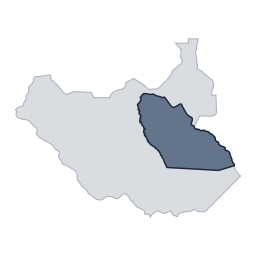 Jonglei highlighted on a map of South Sudan
{"feature_id": "SDS-870", "entity_name": "Jonglei", "entity_type": "State", "adm_level": 1, "iso_a3": "SSD", "parent_name": "South Sudan", "parent_adm1": "", "projection": "albers", "projection_center": [31.68, 7.658], "detail": "fine", "context": "in_parent", "style": "filled", "palette": "slate", "viewbox_px": 256, "rotation_deg": 0, "n_neighbors": 0, "source": "natural_earth", "source_scale": "10m", "svg_char_len": 8306}
<svg xmlns="http://www.w3.org/2000/svg" viewBox="0 0 256 256"><path d="M214.5,202.2L206.2,210.6L205.6,211.1L204.6,211.7L201.2,211.8L197.7,211.4L194.5,209.2L191.3,210.9L189.2,211.4L188.0,211.6L185.1,211.9L181.0,212.8L179.1,213.9L178.1,214.8L177.3,216.5L176.9,216.6L176.2,216.4L175.1,215.8L172.9,214.8L171.8,212.8L170.8,211.5L170.0,210.9L166.5,212.9L164.9,213.4L163.5,213.3L161.0,212.2L158.2,211.2L156.8,211.2L154.7,212.4L152.2,214.3L151.0,216.1L150.4,217.2L149.5,215.5L148.7,214.5L147.5,214.1L145.2,214.5L144.7,213.9L144.6,212.5L144.2,211.1L143.6,210.1L141.8,209.2L137.2,207.1L133.7,203.1L131.9,201.3L130.6,200.1L128.8,196.9L126.7,194.8L124.2,193.7L122.5,194.2L120.7,196.5L117.5,198.7L116.0,198.8L114.1,197.6L111.7,196.7L107.3,196.3L105.5,197.3L103.2,199.0L101.2,200.0L99.9,200.1L98.8,199.7L97.5,199.4L96.4,199.4L94.1,197.9L92.9,196.7L92.1,195.6L90.8,194.9L89.3,194.3L88.2,193.3L87.7,192.1L86.8,190.6L85.7,189.2L82.2,186.7L81.1,185.2L80.4,183.7L79.0,182.2L77.5,180.0L77.0,176.9L77.0,174.4L76.7,173.3L76.0,172.1L75.3,171.2L74.1,170.0L71.2,168.4L68.3,166.5L66.8,165.4L64.2,165.0L62.6,163.9L61.2,161.6L60.7,159.7L59.3,158.3L58.8,157.2L58.5,156.0L59.6,152.3L58.0,151.0L55.7,149.3L54.1,147.4L53.1,145.7L50.1,143.4L43.6,140.0L39.9,137.8L37.8,135.8L36.1,133.9L35.9,133.1L37.1,131.3L37.3,129.7L36.4,128.0L32.5,124.8L29.5,121.2L27.1,120.0L21.5,119.0L19.8,118.5L18.1,117.8L16.5,116.2L15.9,114.3L16.8,111.3L16.3,110.4L15.4,110.1L15.6,109.5L16.7,108.1L18.5,107.2L23.2,105.7L23.5,105.2L23.6,103.3L24.0,102.4L25.6,99.8L25.9,98.8L26.0,96.6L26.2,95.5L26.7,94.8L28.0,93.5L28.5,92.7L28.7,91.0L28.6,87.7L29.3,86.4L32.3,83.4L33.1,82.0L33.4,80.8L33.4,79.6L33.6,78.3L34.5,77.2L35.2,76.8L37.4,76.5L38.9,76.7L49.2,74.8L50.4,75.1L50.9,76.3L50.9,78.3L51.0,79.3L51.6,80.0L53.2,80.9L54.3,82.5L54.9,83.1L56.6,84.2L64.1,93.3L66.3,94.1L68.4,93.9L72.6,92.0L74.7,91.6L89.3,92.3L91.0,92.0L93.3,96.6L94.3,97.6L110.4,97.8L110.1,96.5L110.3,95.1L113.1,92.3L113.5,92.0L116.0,90.7L118.4,89.8L123.1,88.8L124.8,87.2L125.7,85.7L125.8,82.8L126.4,82.3L127.5,81.6L132.9,79.0L133.8,78.5L143.3,84.6L148.6,89.4L148.9,89.7L149.2,89.8L149.5,89.6L149.7,89.4L150.4,89.2L152.7,89.1L157.0,88.9L158.4,88.3L167.1,79.7L169.3,76.9L169.8,76.4L171.1,74.4L172.4,71.0L172.7,70.7L182.1,62.6L182.5,61.9L182.6,61.4L181.1,58.7L180.8,57.3L180.7,55.2L181.0,51.9L180.9,49.8L180.8,49.3L180.7,49.2L175.4,43.2L188.8,43.1L188.8,42.4L188.7,42.2L188.5,41.5L188.3,40.5L188.4,40.0L188.4,39.5L188.4,39.2L188.4,38.9L188.5,38.8L198.0,38.9L197.9,40.6L196.8,44.5L196.8,46.9L196.5,49.6L196.2,50.4L195.7,51.0L195.5,51.4L195.5,51.7L197.6,66.8L197.4,67.4L196.9,68.4L196.8,68.7L196.7,68.9L197.0,69.1L201.4,70.7L201.6,70.8L201.8,70.9L203.4,72.9L212.1,80.0L212.4,80.4L213.3,82.6L213.4,83.0L213.5,83.5L213.5,83.9L213.2,85.3L213.3,85.9L213.5,86.3L213.6,86.8L213.5,87.2L212.2,89.9L211.8,91.7L211.7,93.3L211.8,94.2L211.9,94.8L212.1,95.0L216.0,95.1L215.9,95.9L216.5,109.6L216.5,111.1L216.4,113.0L216.0,113.8L214.9,114.9L213.5,115.9L210.1,116.2L207.3,116.1L205.3,115.9L202.5,115.9L200.0,116.1L199.0,116.9L195.6,124.2L194.6,126.0L194.3,127.1L194.6,127.7L195.9,128.6L198.9,129.9L202.3,130.7L204.8,131.0L206.5,131.3L207.8,131.7L212.6,135.0L214.2,136.5L215.0,137.9L215.2,139.3L215.9,140.8L220.3,145.3L224.5,147.4L226.1,149.8L227.6,151.0L229.1,152.3L229.9,154.1L231.8,159.6L233.0,162.5L234.3,164.8L234.8,168.6L235.8,170.3L236.8,172.4L238.5,174.2L240.3,175.7L240.6,176.0L222.7,194.0L214.5,202.2Z" fill="#d9dde1" stroke="#a8b0b8" stroke-width="1"/><path d="M194.5,126.2L194.4,126.2L194.2,126.5L194.6,128.1L194.8,128.4L195.1,128.6L195.2,128.8L195.3,129.0L195.5,129.2L196.0,129.2L196.5,129.4L196.8,129.5L196.9,129.3L197.0,129.2L197.6,129.1L197.8,129.1L198.4,129.4L199.1,129.5L199.5,129.8L199.9,130.2L200.2,130.5L201.3,130.8L201.6,130.8L202.1,130.4L202.3,130.3L203.2,130.2L203.7,130.1L204.0,130.3L204.6,130.5L204.8,130.6L205.0,130.8L205.3,131.2L205.5,131.3L205.9,131.4L207.2,131.3L207.4,131.4L208.0,131.7L208.6,131.9L208.8,132.0L209.1,132.3L209.7,133.2L210.8,134.0L211.0,134.0L211.4,134.1L211.6,134.1L212.2,134.5L214.7,137.0L215.1,137.6L215.2,138.3L215.3,140.2L215.3,140.3L216.4,141.1L216.9,141.8L217.3,142.0L217.7,142.0L218.0,141.8L218.3,142.0L218.5,142.3L218.6,142.7L218.6,143.4L218.6,143.6L218.7,144.1L218.8,144.3L219.0,144.3L219.3,144.7L220.1,145.3L220.3,145.8L220.5,145.9L220.7,146.0L223.6,146.7L224.9,147.6L225.1,147.9L225.2,148.2L225.3,148.5L225.3,148.9L225.3,149.0L225.1,149.1L225.1,149.3L225.2,149.5L225.3,150.4L225.6,150.6L225.9,150.7L226.8,150.7L227.2,150.7L227.6,150.8L229.0,151.8L229.1,152.0L229.2,152.4L229.4,152.6L229.6,152.7L229.8,153.6L230.0,154.4L230.5,155.5L230.6,156.7L230.8,157.1L231.6,158.5L231.8,159.0L231.8,160.2L231.9,160.7L232.6,161.9L233.0,162.9L233.4,163.3L233.7,163.6L234.1,164.1L234.3,164.5L234.4,165.6L218.6,170.4L178.3,168.1L167.4,167.5L167.3,167.2L167.1,167.2L166.9,167.3L166.7,167.1L166.5,166.8L166.4,166.6L166.3,166.3L166.3,165.9L165.6,164.3L165.4,164.0L165.2,163.7L164.8,163.4L164.6,162.9L164.4,161.9L163.9,160.9L163.8,160.1L163.7,159.7L163.6,159.4L163.4,159.1L162.1,157.6L161.9,157.0L161.8,156.2L161.7,155.8L161.4,155.6L161.0,155.5L160.8,155.4L160.6,155.1L160.5,154.6L160.4,153.7L160.2,153.3L160.0,153.1L159.9,153.0L159.8,152.8L159.8,152.6L159.7,152.5L159.1,151.8L158.9,151.5L158.8,151.1L158.7,150.8L158.3,150.7L158.1,150.6L157.9,150.3L157.6,149.7L157.1,149.3L156.8,149.0L156.4,148.8L156.3,148.7L156.0,148.4L155.8,148.3L155.5,148.1L155.3,148.1L155.3,147.9L155.2,147.4L155.1,147.2L154.9,147.1L154.4,147.0L154.2,146.9L153.9,146.6L153.2,146.3L151.8,145.2L151.7,145.1L151.2,145.0L150.8,144.9L150.7,144.8L150.1,144.0L150.0,143.9L150.0,143.7L149.9,143.3L149.8,143.1L148.8,142.6L148.4,142.0L148.1,141.8L148.0,141.7L148.0,141.1L147.8,140.8L147.6,140.6L147.4,140.2L147.3,139.6L147.0,139.2L146.8,138.9L146.7,138.1L146.5,137.7L145.9,137.0L145.8,136.6L145.7,136.3L145.4,136.3L145.2,136.2L145.2,135.9L145.0,135.6L144.9,135.6L144.6,135.3L144.5,135.1L144.9,135.0L145.0,134.9L145.1,134.5L145.0,134.1L144.9,133.7L144.6,133.4L144.1,133.2L144.2,132.8L144.1,132.6L143.7,132.2L143.6,131.9L143.8,131.8L143.9,131.6L143.7,131.2L143.9,130.3L143.9,130.2L144.0,130.1L144.1,129.9L144.4,129.7L144.3,129.4L144.3,129.2L144.5,129.2L144.3,129.0L144.1,129.0L144.1,128.8L144.4,128.6L144.0,128.4L143.9,128.2L143.9,127.6L143.6,127.4L143.4,126.6L142.2,125.2L142.4,125.0L142.2,124.6L141.8,124.2L141.5,123.8L141.5,123.5L141.5,123.2L141.5,122.9L141.4,122.7L141.1,122.6L140.9,122.8L140.7,122.7L140.7,122.4L140.2,122.6L139.9,122.0L139.8,121.1L139.9,120.7L140.3,120.6L140.2,120.3L140.1,120.1L140.4,119.9L140.4,119.6L140.0,118.9L140.6,118.6L140.4,118.4L140.3,117.8L140.2,117.6L140.3,117.0L140.4,116.9L140.5,116.9L140.8,116.2L140.9,115.9L140.9,115.6L140.7,115.2L140.4,115.3L140.3,115.2L140.3,114.9L139.7,114.4L139.5,114.1L139.3,113.8L139.2,113.6L139.3,113.4L139.4,113.1L139.2,112.8L139.2,113.1L139.1,112.9L139.1,112.6L139.2,112.4L139.3,112.1L139.7,111.6L139.9,111.3L139.9,111.0L139.8,110.9L139.6,110.8L139.3,110.7L138.5,110.0L138.4,109.8L138.2,109.5L138.5,109.3L138.7,109.1L138.8,108.8L138.7,108.5L138.4,108.3L138.4,107.6L138.4,107.2L138.1,106.8L138.0,106.7L137.9,106.5L138.0,106.3L138.0,106.1L137.9,105.8L137.7,105.4L137.6,105.1L137.5,104.8L137.6,104.4L137.7,104.2L137.8,104.0L138.0,103.9L138.3,103.9L138.8,103.5L138.8,103.3L138.9,103.0L138.9,102.9L139.1,102.8L139.3,102.7L139.5,102.6L139.7,102.4L139.8,102.2L139.9,101.5L140.1,101.1L140.4,100.9L140.7,100.8L140.9,100.5L140.8,100.4L140.8,100.2L141.0,100.0L141.0,98.6L141.0,98.3L140.9,98.2L140.7,98.2L140.2,97.5L140.5,97.3L140.8,97.1L141.0,96.8L141.1,96.3L141.4,96.1L141.6,95.9L141.9,95.6L142.1,95.0L142.3,94.7L142.6,94.6L142.9,94.5L143.1,94.3L143.3,94.0L143.5,93.8L143.9,93.6L144.3,93.6L146.7,93.7L149.3,94.3L150.2,94.4L151.8,94.4L152.1,94.3L152.3,94.2L152.6,94.0L153.1,94.1L154.0,94.4L156.4,95.8L159.6,96.6L160.5,96.7L160.9,96.9L161.1,97.1L161.3,97.3L161.6,97.4L162.0,97.6L162.3,97.6L163.2,97.5L164.1,97.2L164.4,97.1L164.5,97.2L164.7,97.4L171.4,106.4L172.1,107.0L172.9,107.3L173.7,107.3L174.4,107.2L177.1,105.9L179.5,104.3L180.0,104.1L180.5,104.0L180.9,104.0L181.3,104.2L181.7,104.8L182.4,106.2L182.7,107.1L186.3,113.4L187.5,114.8L189.2,116.3L191.4,117.3L191.9,117.8L192.2,118.4L192.3,119.4L192.2,120.3L192.0,121.1L191.8,121.9L191.2,123.2L191.0,123.8L191.1,124.4L191.6,124.8L192.0,125.1L194.4,126.2L194.5,126.2Z" fill="#64748b" stroke="#1e293b" stroke-width="1.5"/></svg>